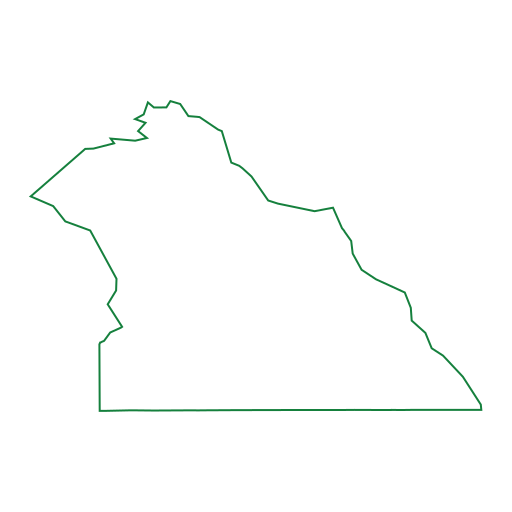 York, Pennsylvania, United States of America
{"feature_id": "52423323B25610501181533", "entity_name": "York", "entity_type": "district", "adm_level": 2, "iso_a3": "USA", "parent_name": "United States of America", "parent_adm1": "Pennsylvania", "projection": "robinson", "projection_center": [-76.736, 39.973], "detail": "fine", "context": "isolated", "style": "outline", "palette": "green", "viewbox_px": 512, "rotation_deg": 0, "n_neighbors": 0, "source": "geoboundaries", "source_scale": "gbopen_adm2", "svg_char_len": 1138}
<svg xmlns="http://www.w3.org/2000/svg" viewBox="0 0 512 512"><path d="M170.4,101.1L166.4,107.4L153.9,107.5L147.9,102.4L143.7,114.4L135.1,119.1L145.5,122.8L138.1,131.1L146.9,138.0L135.2,140.7L110.7,138.6L114.1,143.3L93.4,148.6L85.2,148.9L59.4,171.4L30.7,196.4L53.2,206.1L65.3,221.4L90.2,230.5L116.5,278.8L116.1,290.5L107.7,304.3L122.1,326.8L121.0,327.6L110.2,332.5L104.2,340.7L103.7,341.1L102.5,341.5L100.8,342.4L100.2,342.5L99.4,344.3L99.7,410.9L103.9,410.9L131.2,410.3L150.8,410.5L154.5,410.5L159.1,410.5L195.2,410.3L196.6,410.4L206.3,410.3L242.2,410.1L244.0,410.1L251.3,410.1L295.4,410.0L315.6,410.0L341.9,410.0L354.5,409.9L379.4,410.0L391.2,410.0L391.3,409.9L398.5,410.0L402.9,410.0L410.4,409.9L410.7,409.9L481.3,409.9L480.8,404.6L462.9,376.8L443.0,355.6L431.7,348.3L425.4,332.9L411.7,320.6L410.8,307.8L404.8,292.5L376.0,279.3L361.6,269.8L352.7,253.6L351.2,241.0L344.4,231.4L344.2,230.8L342.0,228.2L333.0,207.7L314.6,211.2L277.9,203.6L268.2,200.5L251.5,176.5L242.5,168.3L239.2,165.8L231.3,162.6L221.8,131.1L218.1,129.6L199.6,117.1L196.9,116.8L188.4,116.1L180.2,104.0L170.4,101.1Z" fill="none" stroke="#15803d" stroke-width="2"/></svg>